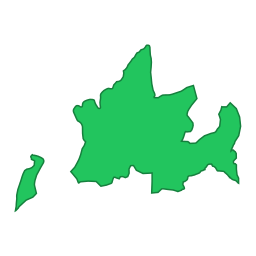 Al Qafr, Ibb, Yemen (Natural Earth projection)
{"feature_id": "15242507B91699093168039", "entity_name": "Al Qafr", "entity_type": "district", "adm_level": 2, "iso_a3": "YEM", "parent_name": "Yemen", "parent_adm1": "Ibb", "projection": "natural_earth1", "projection_center": [44.079, 14.308], "detail": "fine", "context": "isolated", "style": "filled", "palette": "green", "viewbox_px": 256, "rotation_deg": 0, "n_neighbors": 0, "source": "geoboundaries", "source_scale": "gbopen_adm2", "svg_char_len": 5731}
<svg xmlns="http://www.w3.org/2000/svg" viewBox="0 0 256 256"><path d="M193.4,85.5L189.8,86.6L186.7,87.6L183.8,89.6L181.3,91.2L178.9,92.0L172.3,94.2L169.5,94.9L164.1,95.0L162.4,95.2L159.7,96.7L158.4,97.7L155.1,97.7L154.2,97.6L154.1,96.8L154.8,95.8L154.9,94.8L154.7,94.2L154.6,93.5L153.1,90.3L151.8,83.9L151.4,80.1L151.4,79.6L150.6,72.3L151.1,67.2L151.4,62.2L151.1,58.3L150.8,57.1L150.5,55.9L150.3,54.6L150.1,51.9L150.0,49.7L149.9,47.3L149.4,45.8L149.0,45.5L148.1,45.2L146.8,45.2L145.9,46.0L145.3,47.2L144.1,48.5L143.6,49.0L141.7,49.6L141.0,49.8L139.1,52.1L136.9,53.0L136.1,54.3L135.4,55.4L135.1,56.1L134.7,56.9L134.1,57.6L133.0,58.5L132.3,59.1L131.1,61.0L128.9,63.9L128.3,64.5L127.7,65.8L127.3,66.8L126.6,68.0L125.0,69.8L123.8,70.6L123.4,70.9L123.8,73.1L123.4,75.8L123.3,76.7L121.1,80.1L119.3,81.3L116.6,81.7L116.4,82.0L115.3,83.3L113.8,84.9L112.8,88.0L112.3,88.6L111.3,88.8L110.0,88.7L108.8,88.4L108.4,88.4L107.3,88.7L105.5,89.6L104.0,90.5L102.6,91.8L102.0,92.4L101.4,93.2L100.9,93.8L100.6,94.7L100.5,95.8L100.6,96.7L100.6,98.1L100.0,102.4L100.2,105.0L100.5,107.4L100.4,107.9L100.1,108.2L99.6,108.4L99.4,108.5L98.7,108.4L98.3,108.2L97.8,107.7L95.7,104.3L94.8,102.2L94.4,100.7L94.1,100.1L93.2,99.7L92.2,99.5L90.1,99.4L89.9,99.4L89.5,99.5L87.3,100.1L87.0,100.2L85.1,101.0L84.2,101.5L83.4,102.3L83.0,102.8L82.8,103.3L82.6,103.9L82.3,106.4L82.0,106.8L81.5,106.9L80.8,107.0L80.3,106.8L79.6,106.3L78.9,105.9L78.2,105.7L77.0,105.6L76.3,105.9L75.7,106.3L75.3,106.8L73.8,109.0L73.4,110.1L73.4,110.8L73.5,111.8L74.2,113.5L76.2,118.0L77.3,120.3L77.9,121.0L78.9,121.5L79.8,122.1L80.7,122.9L81.2,123.5L81.9,124.8L82.3,125.9L82.5,126.9L82.6,133.5L83.2,138.7L84.2,140.4L85.6,141.8L84.3,145.5L82.2,148.8L80.7,154.6L79.6,157.7L78.8,159.7L77.1,163.0L74.8,167.2L70.8,171.6L72.5,173.6L73.5,174.8L76.8,178.8L77.4,180.2L78.2,182.4L78.5,182.9L78.8,183.0L79.0,182.9L79.3,182.5L80.4,181.8L88.2,181.1L92.7,181.3L96.2,181.5L100.9,186.2L106.4,185.1L111.1,183.4L111.9,182.7L112.5,180.5L112.8,179.6L113.0,178.9L113.8,177.3L114.9,177.2L116.3,177.9L119.2,178.8L120.4,176.7L122.9,176.6L125.3,177.6L127.7,176.6L129.1,173.2L129.0,169.0L130.6,165.7L133.3,165.5L133.8,166.0L135.8,169.3L136.4,170.3L137.7,170.9L143.0,173.5L152.1,173.0L152.1,173.8L152.1,181.5L151.7,193.0L158.0,192.4L161.7,188.9L163.3,188.8L167.6,189.4L173.2,190.0L177.3,191.3L177.6,191.5L178.0,191.5L181.2,190.3L181.7,190.1L182.0,189.5L182.3,189.3L182.8,189.2L183.4,189.2L183.9,189.1L184.1,188.7L184.4,188.4L184.3,187.9L184.2,187.3L183.9,186.8L183.7,186.2L183.4,185.7L183.1,185.1L182.9,184.6L182.9,184.0L183.0,183.4L183.3,181.8L184.8,181.5L185.0,181.3L185.5,180.9L186.0,180.6L186.5,180.3L186.9,179.9L187.2,179.5L187.5,179.0L187.6,178.4L187.8,177.8L187.8,177.2L188.0,176.6L188.4,176.2L188.9,176.0L189.4,175.9L190.0,175.8L190.5,175.8L191.0,175.8L191.5,175.7L192.2,175.5L192.7,175.4L193.2,175.2L193.8,175.1L194.3,175.0L194.9,174.8L195.4,174.5L195.9,174.3L196.4,174.1L196.9,174.0L197.3,173.8L197.8,173.6L198.4,173.4L198.9,173.1L199.4,172.9L199.5,172.9L201.0,171.1L201.4,170.8L202.1,170.7L203.0,170.5L203.4,170.1L203.8,169.7L204.4,169.4L204.5,169.6L204.7,169.8L204.9,169.7L205.0,169.6L204.8,169.0L205.0,168.2L205.3,167.9L205.7,167.5L206.1,167.1L206.5,166.6L206.8,166.1L207.1,165.6L207.4,165.1L207.8,164.7L208.4,164.4L208.9,164.2L209.4,164.1L209.9,164.1L210.5,164.1L211.0,164.1L211.6,164.1L212.0,164.6L212.1,165.4L212.7,166.2L213.2,166.3L213.7,166.4L214.2,166.6L214.7,167.0L215.1,167.4L215.5,167.7L215.8,168.2L216.1,168.7L216.4,169.3L216.7,169.8L217.0,170.3L217.3,170.7L217.8,170.9L218.3,170.9L218.8,170.9L219.4,170.9L219.9,171.0L221.0,171.1L221.5,171.1L222.0,171.2L222.6,171.2L223.1,171.3L223.6,171.4L224.1,171.6L224.5,172.0L224.9,172.5L225.4,173.0L225.9,173.3L226.3,173.7L226.7,174.1L227.2,174.5L227.6,174.9L228.0,175.4L228.7,176.3L229.1,176.7L229.3,176.6L229.5,176.7L229.6,176.9L229.6,177.1L229.6,177.6L229.8,177.6L230.0,177.5L230.9,178.3L231.3,178.6L231.8,179.0L232.3,179.4L232.8,179.6L233.3,179.8L233.8,180.0L234.4,180.1L234.9,180.3L235.4,180.4L236.1,180.9L236.5,181.2L236.9,181.6L237.3,182.1L237.7,182.5L237.9,182.8L238.6,183.2L238.6,178.2L237.0,174.8L236.4,169.3L236.4,164.9L235.2,163.7L234.1,163.7L233.5,162.9L233.5,161.0L236.3,158.1L236.3,157.8L236.2,153.5L235.2,151.7L234.3,151.2L233.9,150.6L233.5,150.2L233.0,150.0L232.4,150.0L231.7,150.4L231.1,150.9L231.3,149.9L232.9,146.3L233.4,145.0L234.4,143.6L234.9,141.6L238.7,135.7L240.6,126.3L239.6,117.0L236.3,108.6L230.2,102.8L226.7,106.9L222.5,106.9L221.8,106.7L220.9,110.2L218.8,114.2L219.8,117.1L220.5,119.5L219.7,126.3L217.9,128.6L217.7,128.6L215.8,131.7L214.4,132.6L211.0,133.4L207.8,134.6L204.5,135.8L199.4,139.7L197.4,141.7L195.8,143.1L194.7,143.2L189.8,143.4L189.1,142.4L188.7,142.4L188.0,141.6L181.8,141.3L181.4,141.2L182.6,139.4L183.6,136.9L185.0,132.3L185.8,131.5L186.7,131.9L190.5,131.5L191.6,130.1L191.8,129.9L192.6,127.7L193.1,125.5L192.9,123.0L188.6,117.2L187.6,116.0L187.1,115.3L187.1,113.9L187.7,111.4L189.0,109.0L191.6,105.1L196.9,98.6L193.4,85.5ZM36.4,193.4L34.6,185.9L34.4,184.4L34.6,182.6L35.0,180.3L35.8,177.8L36.6,175.1L40.5,167.8L43.5,162.6L43.6,162.0L43.8,161.3L43.8,160.8L43.6,160.0L43.1,159.0L42.6,158.5L41.8,158.1L40.9,157.5L40.0,157.1L39.2,156.8L38.5,156.4L37.9,156.2L36.8,155.9L36.3,155.7L36.2,155.7L34.8,155.4L34.8,155.5L33.8,155.3L33.0,155.2L32.3,154.7L31.9,155.1L30.8,156.4L31.0,157.5L31.6,158.7L31.5,159.4L33.8,160.4L34.2,160.5L34.5,160.8L34.7,161.1L34.5,161.8L34.2,165.4L31.9,167.6L31.0,168.0L29.3,168.7L27.6,169.0L26.9,169.1L24.7,170.6L23.2,173.7L22.2,176.4L20.6,181.6L20.2,182.6L19.7,184.2L17.9,189.5L16.8,194.9L16.7,196.2L16.8,198.6L16.3,203.9L16.2,206.3L15.4,210.8L15.9,210.5L18.4,207.9L19.0,206.7L26.2,200.1L32.3,197.4L33.0,197.0L35.3,194.6L36.4,193.4Z" fill="#22c55e" stroke="#15803d" stroke-width="1.5"/></svg>